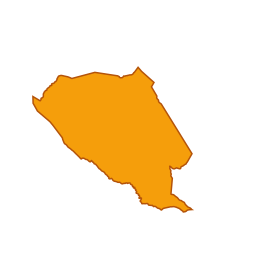 outline of Maraita, Francisco Morazán, Honduras, rotated 122°
{"feature_id": "27666195B63042217012253", "entity_name": "Maraita", "entity_type": "district", "adm_level": 2, "iso_a3": "HND", "parent_name": "Honduras", "parent_adm1": "Francisco Morazán", "projection": "equal_earth", "projection_center": [-87.016, 13.873], "detail": "fine", "context": "isolated", "style": "filled", "palette": "amber", "viewbox_px": 256, "rotation_deg": 122, "n_neighbors": 0, "source": "geoboundaries", "source_scale": "gbopen_adm2", "svg_char_len": 5625}
<svg xmlns="http://www.w3.org/2000/svg" viewBox="0 0 256 256"><g transform="rotate(122 128 128)"><path d="M179.5,56.0L179.2,56.0L178.4,55.7L178.0,55.6L177.5,55.4L176.8,54.8L172.1,50.0L172.0,49.7L171.9,49.5L170.9,48.2L170.5,47.7L170.1,46.8L169.7,45.4L169.5,44.8L169.5,44.2L169.1,42.1L169.1,41.4L169.3,40.1L169.4,39.3L169.4,38.5L169.6,37.1L169.7,36.9L169.9,36.6L168.8,35.3L168.3,34.9L167.5,34.5L166.6,34.3L166.2,34.1L165.0,32.9L164.2,31.8L163.4,30.7L163.4,30.9L163.2,31.2L163.1,31.5L162.9,32.5L162.9,33.1L163.0,33.7L163.2,34.9L163.2,35.5L163.0,36.4L162.7,37.8L162.2,39.3L162.0,39.7L161.3,40.7L161.3,41.0L161.3,41.4L161.4,42.2L161.5,42.9L161.5,43.2L161.3,43.8L161.3,44.3L161.4,44.6L161.6,45.1L161.7,45.5L161.8,45.9L161.8,46.4L161.7,46.9L160.9,49.2L160.8,51.3L160.7,52.2L160.5,53.2L160.5,53.8L160.5,54.2L160.7,54.7L160.9,55.3L161.2,55.7L161.2,56.3L161.2,56.6L147.1,63.8L146.8,64.6L146.0,66.0L145.9,66.3L145.3,66.6L144.7,66.7L144.3,66.9L144.0,67.1L143.6,67.7L142.9,68.4L142.5,68.6L142.0,68.8L141.4,69.1L141.2,69.4L140.7,70.3L140.3,71.0L139.1,71.6L138.8,72.0L138.5,72.2L138.4,72.3L138.2,72.2L138.3,70.7L138.6,69.7L138.7,69.1L138.7,68.6L138.5,67.9L138.3,67.4L138.0,67.0L137.6,66.7L136.4,65.9L136.1,65.7L135.8,64.5L135.6,63.8L135.3,62.8L135.1,62.4L134.9,62.2L134.6,62.0L134.2,62.0L133.2,62.4L132.8,62.4L132.5,62.3L130.7,61.1L129.2,60.6L128.6,60.3L128.0,59.9L127.6,59.7L126.3,59.9L125.5,59.7L115.9,60.1L90.0,112.6L89.9,113.9L89.9,114.6L89.7,115.2L89.5,115.8L89.3,116.1L88.8,116.5L88.3,116.8L88.1,117.2L87.8,118.6L87.5,119.3L87.1,119.7L86.3,120.1L85.6,120.5L80.7,129.9L75.6,130.1L72.8,146.5L71.2,151.6L77.6,152.1L77.9,152.4L78.7,152.4L79.4,152.4L79.9,152.6L80.6,152.9L80.9,153.1L81.4,153.7L82.2,154.8L83.2,155.7L83.6,156.2L84.0,156.4L84.6,157.3L85.4,157.9L85.7,158.1L85.9,158.4L86.0,159.0L86.4,159.2L86.9,159.2L87.9,159.4L88.2,159.5L88.4,159.6L88.7,160.1L89.1,160.5L89.4,161.1L89.6,162.1L89.5,162.3L89.3,162.5L89.1,162.6L89.1,163.0L89.2,163.7L89.2,164.3L98.4,185.6L115.7,201.8L115.9,202.6L116.0,203.5L116.2,204.7L116.5,206.2L117.5,209.0L117.7,209.5L118.3,211.3L118.9,212.7L120.2,213.9L120.7,214.3L121.2,214.4L122.5,214.3L123.5,214.3L124.1,214.2L124.4,213.9L124.7,213.9L125.8,213.8L126.6,213.8L126.9,213.9L127.5,214.4L127.8,214.4L128.4,214.4L129.0,214.5L129.4,214.7L129.7,214.9L130.4,215.7L130.8,216.0L131.2,216.0L131.4,215.9L131.8,215.7L132.1,215.4L132.4,215.3L132.6,215.5L133.0,216.1L133.6,216.5L134.5,216.3L134.9,216.4L136.3,217.0L137.4,217.3L137.8,217.4L138.8,217.0L139.2,217.0L139.4,217.2L139.7,217.7L140.0,217.8L140.7,217.9L141.3,217.8L141.9,218.1L142.2,218.0L142.6,217.9L143.7,217.9L144.4,217.6L145.9,216.6L146.6,216.4L147.0,216.5L147.5,216.6L147.9,216.7L148.5,217.3L148.8,217.4L149.0,217.4L150.1,216.8L150.7,216.8L151.0,216.9L151.5,217.0L151.7,225.3L157.3,221.6L161.6,213.8L164.0,197.7L164.3,196.6L164.5,196.0L164.7,195.6L165.2,193.9L171.1,178.5L172.4,177.2L173.1,176.2L174.2,174.7L174.7,173.9L174.9,173.5L174.9,172.9L174.9,171.8L175.0,171.2L175.3,170.3L175.6,169.7L176.0,168.5L176.0,167.8L176.1,165.9L176.3,164.7L176.5,163.7L176.5,162.7L176.6,162.1L176.9,160.8L177.4,158.8L178.4,154.1L178.8,152.7L179.1,151.7L179.0,151.3L178.9,151.1L178.7,151.0L178.2,151.0L178.0,150.9L177.8,150.7L177.3,149.9L177.1,149.5L177.0,149.2L177.0,148.8L177.0,147.9L177.0,147.1L176.4,145.8L176.7,144.2L176.9,143.2L176.9,142.8L176.8,142.4L176.7,142.1L176.4,142.0L175.8,141.8L175.5,141.9L175.2,141.8L175.0,141.7L175.1,141.0L175.4,140.5L175.5,140.2L175.6,139.7L175.4,139.3L175.4,139.1L175.6,138.7L176.0,138.2L176.2,137.9L176.2,137.5L175.9,136.3L175.9,136.0L176.0,135.7L176.3,135.1L176.6,133.9L176.8,133.4L177.2,132.6L177.8,130.9L177.8,130.5L177.7,129.9L177.8,129.4L178.0,128.8L178.2,128.0L178.3,127.6L178.3,127.3L178.1,125.8L178.1,125.1L178.2,124.5L178.6,123.5L179.0,122.8L179.1,122.2L179.2,120.6L179.3,120.4L179.5,120.1L179.7,119.6L179.8,119.3L179.8,118.7L179.9,118.3L180.1,118.0L180.5,117.8L180.9,117.5L180.9,117.3L181.0,117.0L180.9,116.7L180.7,116.3L180.3,115.9L179.7,115.6L179.6,115.4L179.5,115.1L179.6,114.8L179.7,114.3L179.9,113.8L180.2,113.2L180.4,112.9L180.4,112.3L180.4,111.7L180.3,111.2L179.8,109.9L179.5,108.5L179.4,107.7L179.1,107.3L178.9,106.9L178.5,106.5L178.4,106.1L178.4,105.9L178.6,104.4L178.6,104.0L178.5,103.6L178.2,103.0L177.2,102.2L176.9,101.9L176.7,101.3L176.4,101.0L176.3,100.9L175.8,100.7L175.6,100.5L175.4,100.2L175.3,99.7L175.2,99.8L175.1,99.7L175.1,99.3L175.0,99.0L174.5,98.4L174.1,98.0L173.9,97.7L173.7,97.3L173.7,96.8L173.7,96.6L174.2,96.1L174.3,96.0L174.3,95.4L174.2,94.5L174.2,94.1L174.5,93.8L174.9,93.3L175.1,93.2L174.8,92.5L174.8,92.3L175.4,92.2L175.6,91.9L175.8,91.6L175.8,91.4L175.7,91.2L175.4,91.0L175.1,90.8L175.0,90.7L175.8,90.1L175.9,89.9L175.9,89.2L176.0,88.9L176.1,88.7L176.4,88.7L176.7,88.6L177.2,87.3L177.4,86.9L177.6,86.8L178.4,86.8L178.6,86.8L178.8,86.6L178.8,86.4L178.8,86.2L178.6,84.7L178.6,84.2L178.7,83.9L178.9,83.7L179.1,83.6L179.3,83.6L179.5,83.4L179.5,83.2L179.2,82.7L179.4,82.4L179.6,82.1L179.8,81.9L180.5,81.8L181.2,81.7L181.6,81.5L181.7,81.3L181.7,81.2L181.4,80.7L181.2,80.6L180.7,80.4L180.4,80.2L180.4,79.9L180.5,79.5L180.5,79.4L181.5,79.0L183.0,79.0L183.4,79.0L183.6,78.8L183.8,78.6L183.9,77.6L184.0,77.3L184.3,76.8L184.7,76.3L184.8,76.0L184.7,75.8L184.1,75.0L182.9,73.0L182.2,72.2L181.9,71.8L181.8,71.5L181.8,71.2L181.9,70.7L182.3,70.0L182.4,69.8L182.3,69.6L182.3,69.3L182.0,68.7L181.4,67.4L181.1,66.8L180.8,66.5L180.7,66.4L180.7,66.2L180.9,65.5L181.1,65.0L181.1,64.7L180.9,64.4L180.6,64.3L180.3,63.9L180.2,63.7L180.1,63.4L180.0,62.8L180.2,61.0L180.2,60.3L180.1,59.9L179.7,58.7L179.7,58.4L179.9,56.9L179.9,56.4L179.8,56.2L179.5,56.0Z" fill="#f59e0b" stroke="#b45309" stroke-width="1.5"/></g></svg>